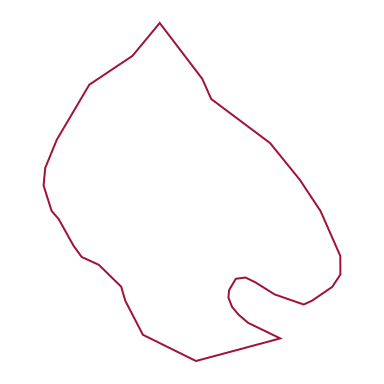 Hrastnik, orthographic projection
{"feature_id": "SVN-951", "entity_name": "Hrastnik", "entity_type": "Municipality", "adm_level": 1, "iso_a3": "SVN", "parent_name": "Slovenia", "parent_adm1": "", "projection": "orthographic", "projection_center": [15.129, 46.135], "detail": "fine", "context": "isolated", "style": "outline", "palette": "rose", "viewbox_px": 384, "rotation_deg": 0, "n_neighbors": 0, "source": "natural_earth", "source_scale": "10m", "svg_char_len": 545}
<svg xmlns="http://www.w3.org/2000/svg" viewBox="0 0 384 384"><path d="M195.9,361.0L142.9,334.8L125.3,300.8L121.2,286.7L98.9,264.9L81.7,257.0L73.5,245.7L58.7,219.1L51.6,210.9L43.6,185.6L45.2,168.0L56.8,139.7L89.3,84.7L132.5,55.8L159.7,23.0L202.3,78.9L211.2,99.0L270.1,143.1L299.9,179.9L320.6,211.2L340.3,256.0L340.4,274.5L332.2,286.9L312.0,300.7L303.7,304.5L274.6,294.4L255.6,282.5L245.5,277.5L235.8,278.8L229.1,290.1L228.4,297.5L232.1,307.0L238.8,314.9L248.2,322.9L280.2,338.4L195.9,361.0Z" fill="none" stroke="#9f1239" stroke-width="2"/></svg>